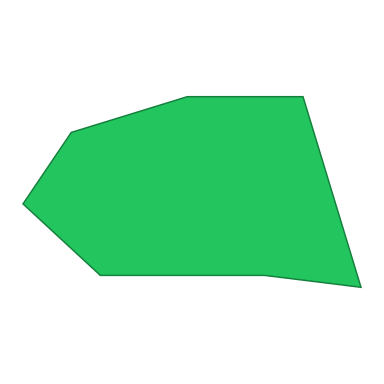 an SVG outline of Mdina
{"feature_id": "MLT-5921", "entity_name": "Mdina", "entity_type": "state/province", "adm_level": 1, "iso_a3": "MLT", "parent_name": "Malta", "parent_adm1": "", "projection": "orthographic", "projection_center": [14.407, 35.882], "detail": "fine", "context": "isolated", "style": "filled", "palette": "green", "viewbox_px": 384, "rotation_deg": 0, "n_neighbors": 0, "source": "natural_earth", "source_scale": "10m", "svg_char_len": 223}
<svg xmlns="http://www.w3.org/2000/svg" viewBox="0 0 384 384"><path d="M23.0,203.9L71.3,132.4L187.2,96.7L303.0,96.7L361.0,287.3L264.4,275.4L100.3,275.4L23.0,203.9Z" fill="#22c55e" stroke="#15803d" stroke-width="1.5"/></svg>